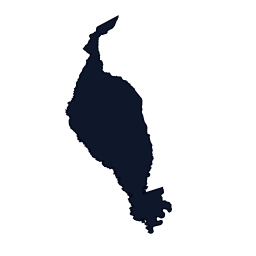 the district of Cumaral, Meta, Colombia, rotated 59°
{"feature_id": "7082276B27464538286793", "entity_name": "Cumaral", "entity_type": "district", "adm_level": 2, "iso_a3": "COL", "parent_name": "Colombia", "parent_adm1": "Meta", "projection": "robinson", "projection_center": [-73.341, 4.26], "detail": "fine", "context": "isolated", "style": "filled", "palette": "ink", "viewbox_px": 256, "rotation_deg": 59, "n_neighbors": 0, "source": "geoboundaries", "source_scale": "gbopen_adm2", "svg_char_len": 5953}
<svg xmlns="http://www.w3.org/2000/svg" viewBox="0 0 256 256"><g transform="rotate(59 128 128)"><path d="M27.1,79.2L25.9,102.1L26.2,102.9L27.2,104.0L28.3,104.3L29.6,106.5L29.0,107.4L29.6,108.7L28.8,112.0L29.2,113.1L29.6,113.5L32.1,113.5L32.7,114.3L33.5,116.5L35.4,118.8L35.8,120.5L35.7,121.8L36.1,122.1L37.2,125.2L38.8,124.9L38.9,124.2L41.7,123.8L45.8,121.9L47.4,123.8L47.7,124.9L49.0,127.0L48.8,127.8L49.1,127.8L48.9,128.2L49.2,128.8L49.6,128.7L50.1,129.2L51.6,129.8L51.5,130.3L52.3,130.7L52.5,131.5L53.2,131.8L53.1,133.0L54.3,135.9L56.1,137.9L56.6,137.7L56.6,139.2L58.2,142.3L59.2,142.4L59.4,143.0L60.2,143.3L60.2,144.1L60.9,144.9L61.0,145.8L61.7,146.0L62.2,146.6L62.3,147.5L63.0,148.8L66.5,150.8L66.2,151.5L66.9,152.0L66.9,153.5L68.5,153.7L69.1,155.2L69.9,154.8L69.7,155.0L70.2,155.3L70.7,156.7L71.8,157.0L72.6,156.8L73.3,157.7L73.1,158.3L73.6,158.3L74.1,159.1L74.4,158.7L74.6,159.1L74.4,159.7L74.8,159.9L74.6,160.2L75.1,160.2L74.7,160.5L75.3,160.9L75.3,161.5L75.8,162.5L76.3,162.8L76.5,163.8L75.9,164.5L75.7,166.2L76.2,166.5L77.0,166.1L78.4,166.8L79.4,169.1L79.8,168.9L80.3,169.9L81.2,169.9L81.6,170.2L81.7,171.1L81.2,171.6L81.5,171.6L82.7,172.9L84.0,172.6L84.8,172.9L84.8,173.3L85.3,173.3L86.9,172.0L88.5,172.2L89.1,171.7L89.7,172.5L90.7,172.8L90.9,173.8L91.3,174.3L93.7,175.7L95.9,176.5L97.7,176.2L98.0,176.5L98.5,176.2L98.9,176.8L100.5,176.0L103.0,175.5L103.3,175.0L104.6,175.1L106.9,174.5L107.2,174.1L108.8,175.6L110.0,175.4L111.4,176.2L111.3,175.5L112.2,176.0L112.2,175.4L112.7,175.4L112.9,175.8L113.5,175.1L114.1,175.7L114.1,175.0L115.0,175.8L115.2,175.3L115.0,174.7L114.6,174.9L114.7,174.4L115.9,173.8L116.2,174.0L117.0,173.2L117.4,173.6L118.6,173.2L118.8,173.8L120.2,172.7L121.3,173.8L121.7,173.3L123.1,173.2L123.3,172.7L125.3,172.2L125.5,172.7L126.3,172.7L126.3,173.1L126.7,172.0L127.6,171.8L127.9,171.9L127.5,172.3L127.9,172.5L127.8,173.0L128.3,173.3L129.2,172.7L131.3,173.1L133.5,172.5L133.9,172.9L134.5,172.8L136.0,171.9L136.5,171.0L137.5,170.7L138.4,171.3L138.8,170.6L139.5,170.9L140.7,169.6L141.7,169.5L142.5,167.6L143.3,166.9L144.0,167.3L144.0,166.6L145.6,168.3L146.0,168.3L146.7,167.6L147.3,168.1L148.0,167.6L148.7,167.7L150.2,165.9L151.4,165.7L151.6,164.9L152.1,164.4L153.3,164.4L153.7,163.5L153.3,163.2L153.2,162.4L153.5,162.1L154.0,162.3L154.5,161.7L155.1,161.9L155.3,161.2L155.6,161.5L156.3,161.1L157.6,162.1L158.4,161.8L159.0,161.0L159.2,161.7L159.6,161.8L159.4,162.8L160.0,163.4L160.7,162.0L161.3,162.1L161.7,162.6L164.8,163.3L165.4,162.5L165.9,162.4L166.0,160.8L167.4,160.8L167.7,161.1L167.7,161.8L167.2,162.2L167.7,162.7L167.5,163.0L167.9,163.0L168.1,163.5L169.7,162.9L169.9,163.3L169.8,164.2L172.2,164.0L174.1,162.9L174.1,162.5L174.5,162.3L175.0,162.7L176.1,162.5L177.0,162.9L177.4,163.5L177.2,164.1L178.4,164.0L179.1,163.9L180.7,162.6L182.4,162.4L183.8,161.8L184.5,160.8L185.1,162.1L185.3,161.8L185.8,162.0L185.9,161.2L185.4,160.9L185.5,159.6L186.8,159.3L187.7,158.7L188.2,159.4L188.2,159.8L187.7,159.8L186.9,161.3L187.6,161.8L189.2,162.2L189.2,164.1L190.9,164.1L191.3,164.5L192.1,164.3L192.9,164.5L194.8,163.7L195.8,164.6L197.7,163.8L198.3,164.8L197.6,166.1L197.9,167.7L199.6,167.3L200.1,167.4L200.3,167.9L200.8,167.5L201.1,168.0L201.9,167.4L202.3,168.0L202.3,169.6L203.3,170.2L205.9,168.0L207.0,168.0L208.2,169.6L209.7,169.2L211.7,167.7L212.3,166.7L213.4,165.9L213.6,164.8L212.9,163.7L213.2,163.2L216.2,164.2L216.3,163.5L217.0,162.7L216.4,162.0L215.0,162.1L214.6,161.9L214.5,160.7L215.2,160.0L217.9,159.6L218.4,160.2L218.6,162.3L219.4,162.7L220.8,161.8L221.3,161.1L221.3,160.6L222.7,160.4L223.1,161.0L222.6,163.4L223.3,163.9L226.3,162.5L227.4,163.0L227.8,164.0L229.5,162.9L230.0,162.0L230.1,160.9L229.5,159.8L226.4,158.9L225.7,158.1L225.1,156.8L227.2,150.3L227.3,149.1L227.0,148.1L226.2,147.1L224.9,146.9L224.3,147.6L223.8,150.3L223.1,151.1L221.9,151.4L219.8,150.6L219.0,149.4L219.0,148.1L219.4,147.5L221.5,146.2L222.3,145.2L222.6,143.9L222.4,142.7L220.7,141.2L219.5,141.0L217.7,141.6L216.8,141.5L216.1,141.2L215.3,140.1L215.2,138.9L215.5,138.2L216.4,137.6L216.7,137.0L218.2,136.1L220.7,136.1L221.2,135.6L221.0,133.9L219.6,132.6L217.7,132.2L216.0,130.9L213.0,131.4L211.6,133.1L209.5,134.0L209.2,135.3L208.3,136.5L206.3,135.7L205.3,134.9L202.9,135.2L201.9,133.9L201.6,131.1L198.9,129.8L197.7,129.8L196.9,129.3L192.3,148.4L191.5,148.6L191.1,148.0L191.5,146.6L191.1,145.7L190.4,145.7L189.2,146.9L188.3,146.7L187.8,146.2L187.9,145.5L189.1,144.8L189.4,144.0L189.2,143.1L188.4,141.8L187.9,142.1L187.6,144.6L187.1,144.7L186.3,142.5L185.2,140.7L183.4,140.2L181.0,138.2L179.8,137.8L179.6,137.0L180.0,134.9L179.4,133.8L178.3,133.3L177.8,133.8L177.5,134.9L176.9,134.9L176.3,133.3L175.5,132.3L175.4,131.3L174.6,130.8L174.2,129.4L173.4,128.8L172.5,129.6L171.7,129.3L171.2,126.3L168.5,125.1L167.0,122.3L165.9,122.4L165.6,121.8L163.6,122.0L163.2,121.2L160.9,120.5L159.4,118.8L156.9,118.2L155.7,117.5L155.1,116.6L150.9,116.3L147.3,115.1L145.6,114.0L145.3,113.5L144.7,113.6L143.7,114.7L142.6,114.9L140.4,113.9L137.0,111.6L134.3,111.1L131.9,111.3L129.8,110.9L125.0,109.3L121.7,108.8L120.4,108.1L119.1,106.6L116.8,106.0L114.9,104.3L111.6,102.2L109.9,101.7L99.6,103.1L97.5,102.7L95.8,103.5L94.4,103.5L93.2,104.6L91.6,104.0L89.3,105.2L87.8,105.2L86.5,105.8L85.0,107.6L83.7,108.3L80.8,108.1L79.4,110.1L79.3,111.1L78.4,111.1L78.0,111.4L77.8,112.9L76.8,113.5L76.4,114.7L74.2,115.9L71.4,115.9L70.5,117.8L69.6,118.2L69.2,119.4L68.5,120.0L66.0,120.5L65.1,121.0L63.0,118.9L61.3,118.6L60.9,118.1L61.0,117.6L60.3,117.0L59.2,117.0L58.5,116.5L57.2,116.4L56.6,116.6L55.5,117.8L54.3,117.5L53.4,116.6L51.7,115.9L51.0,115.0L49.9,115.0L48.1,114.1L46.2,114.1L44.2,112.9L42.9,112.5L41.0,110.9L39.5,110.4L38.8,109.5L36.9,108.7L36.3,107.8L34.9,107.4L34.7,105.4L34.1,104.7L34.2,104.1L33.6,103.3L33.6,102.6L34.6,101.6L34.4,100.9L34.8,100.5L34.9,99.1L35.5,98.3L35.1,96.8L33.9,95.9L33.8,94.7L33.4,94.4L33.8,93.7L33.6,92.8L34.0,91.6L34.0,89.7L32.8,86.9L29.6,82.8L28.9,81.1L28.4,81.0L27.8,79.7L27.1,79.2Z" fill="#0f172a" stroke="#020617" stroke-width="1.5"/></g></svg>